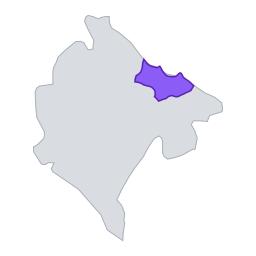 Bijelo Polje highlighted on a map of Montenegro
{"feature_id": "MNE-1510", "entity_name": "Bijelo Polje", "entity_type": "Municipality", "adm_level": 1, "iso_a3": "MNE", "parent_name": "Montenegro", "parent_adm1": "", "projection": "orthographic", "projection_center": [19.735, 43.063], "detail": "fine", "context": "in_parent", "style": "filled", "palette": "violet", "viewbox_px": 256, "rotation_deg": 0, "n_neighbors": 0, "source": "natural_earth", "source_scale": "10m", "svg_char_len": 1871}
<svg xmlns="http://www.w3.org/2000/svg" viewBox="0 0 256 256"><path d="M109.4,16.7L109.1,18.4L109.6,23.2L111.7,28.0L119.4,32.9L130.8,42.5L144.1,60.1L150.3,65.3L155.8,66.6L166.7,73.9L174.2,75.6L182.7,77.6L204.7,92.8L214.6,97.2L221.7,102.8L222.5,108.2L222.2,111.6L209.5,115.6L207.3,121.5L201.1,120.9L193.6,120.8L191.2,124.6L194.8,130.8L197.2,138.1L195.3,148.1L194.7,149.5L192.9,149.1L182.4,155.0L174.5,157.7L167.4,159.1L164.1,156.3L162.4,152.5L162.7,141.5L161.4,137.8L159.0,136.0L154.2,138.6L148.5,147.1L143.2,156.9L135.3,167.2L128.8,177.1L121.7,189.5L116.8,199.8L121.8,205.6L124.8,213.8L123.9,219.8L124.7,223.3L123.1,234.0L122.8,240.6L107.2,229.9L100.9,214.8L78.4,189.2L52.6,171.6L51.3,168.8L52.8,165.5L54.0,162.9L48.6,162.6L44.8,164.7L41.3,164.0L37.3,157.5L33.6,151.8L33.5,146.9L35.2,146.2L37.8,144.3L43.4,138.9L44.5,136.0L44.3,131.6L36.9,117.7L35.9,108.6L35.1,91.9L36.7,88.0L39.5,86.1L52.9,84.2L52.9,71.2L53.7,67.3L56.4,61.9L58.2,56.9L65.6,49.9L75.7,41.6L80.0,41.4L83.8,42.6L88.1,49.9L92.8,49.0L93.8,40.3L87.8,28.8L84.6,21.5L85.6,17.4L88.0,15.4L93.2,16.7L98.2,18.8L101.4,17.4L106.5,16.4L109.4,16.7Z" fill="#d9dde1" stroke="#a8b0b8" stroke-width="1"/><path d="M143.8,59.2L144.0,59.4L147.0,63.4L148.7,64.9L150.7,66.0L155.1,67.3L157.2,67.6L158.4,67.1L159.2,66.3L160.0,66.4L162.9,71.6L164.7,74.0L166.7,75.7L169.0,76.5L172.3,76.7L175.6,76.5L176.7,75.8L179.0,73.4L180.0,72.9L181.2,73.3L181.9,74.4L182.5,75.7L183.2,77.1L184.2,78.0L190.1,82.2L193.5,85.6L193.7,85.8L190.8,90.6L188.3,91.8L185.3,93.0L184.4,93.7L181.5,94.9L177.8,96.7L175.5,96.7L171.7,95.5L168.6,96.4L166.1,98.5L163.0,99.4L158.6,101.1L156.3,98.2L154.5,96.7L155.2,94.9L155.1,91.5L153.6,88.8L151.0,86.8L146.5,85.7L143.4,84.8L142.7,84.2L140.4,83.0L136.7,82.0L135.0,81.9L135.1,79.2L136.3,75.5L139.0,73.9L140.8,71.8L141.8,69.4L142.4,66.4L142.7,62.9L143.8,59.2Z" fill="#8b5cf6" stroke="#5b21b6" stroke-width="1.5"/></svg>